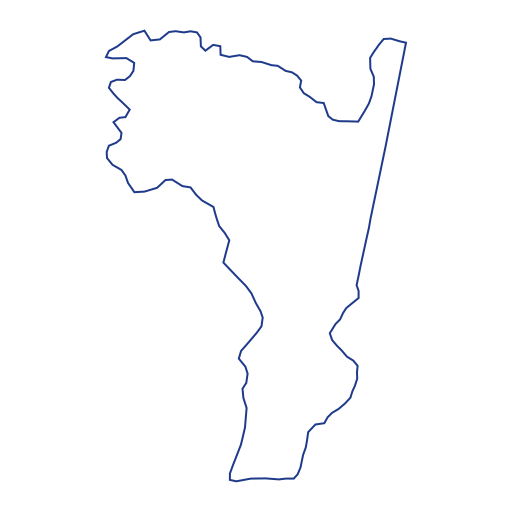 outline of Benevides, Pará, Brazil
{"feature_id": "56859067B32539617912041", "entity_name": "Benevides", "entity_type": "district", "adm_level": 2, "iso_a3": "BRA", "parent_name": "Brazil", "parent_adm1": "Pará", "projection": "mercator", "projection_center": [-48.283, -1.361], "detail": "fine", "context": "isolated", "style": "outline", "palette": "blue", "viewbox_px": 512, "rotation_deg": 0, "n_neighbors": 0, "source": "geoboundaries", "source_scale": "gbopen_adm2", "svg_char_len": 2017}
<svg xmlns="http://www.w3.org/2000/svg" viewBox="0 0 512 512"><path d="M134.4,192.2L144.5,191.6L157.1,187.8L165.5,180.0L172.1,179.6L182.4,186.1L190.5,187.4L196.4,195.1L202.2,200.6L213.5,207.0L215.0,212.9L216.7,218.7L219.2,226.1L224.7,232.9L229.3,240.3L226.0,252.5L223.4,262.6L238.2,278.1L245.8,285.8L251.4,293.3L255.7,302.8L260.5,311.2L262.7,317.6L261.5,326.2L256.9,332.6L247.0,344.2L241.1,350.9L238.8,358.6L245.4,366.7L247.6,373.6L246.3,382.9L242.5,388.7L243.4,398.0L246.6,408.0L245.0,427.4L242.7,437.4L240.9,444.8L233.1,464.8L229.9,473.5L229.9,479.9L236.3,481.3L250.9,478.6L265.7,478.4L278.9,479.4L285.7,478.6L293.8,478.6L297.7,474.2L300.5,467.5L303.1,454.9L305.7,447.7L306.9,441.3L308.2,432.1L315.4,424.5L324.3,423.2L327.6,417.3L332.1,412.8L338.5,409.0L345.0,403.5L350.4,397.7L352.4,391.3L354.9,385.8L357.2,378.7L357.0,372.3L357.6,365.8L353.3,360.6L347.0,356.7L341.5,350.3L337.0,345.8L332.1,340.0L329.8,333.2L335.6,323.9L340.1,319.4L343.0,313.1L346.3,308.0L358.6,298.0L358.6,291.0L356.6,285.2L358.8,274.8L360.5,266.1L366.6,238.1L368.9,228.0L370.5,218.7L385.4,147.3L406.0,42.7L399.8,41.3L390.8,38.6L383.7,39.0L378.9,44.8L373.4,52.6L370.1,58.0L370.4,68.8L373.8,76.7L374.0,84.3L371.5,96.2L368.9,103.5L364.7,111.0L358.2,121.6L347.9,121.3L339.2,121.2L332.8,119.7L328.3,116.1L323.7,103.0L316.6,102.2L309.5,96.7L303.8,93.2L299.9,87.4L301.2,80.6L297.0,75.5L291.9,72.3L285.7,70.9L277.7,65.8L271.5,65.2L261.5,62.0L252.8,61.3L247.0,56.9L239.6,55.2L229.2,56.9L220.6,54.8L220.3,46.2L213.1,44.9L205.4,50.7L200.9,46.4L200.5,37.4L197.0,32.4L190.6,31.3L183.8,32.4L175.7,31.2L169.0,32.0L159.9,39.4L150.6,40.4L144.4,30.7L133.2,34.2L117.4,46.4L108.9,51.0L106.0,57.1L112.5,58.4L126.4,58.1L134.2,62.9L133.4,70.9L129.9,76.2L125.0,80.0L117.0,79.7L110.9,82.0L108.9,87.8L113.5,93.6L117.6,98.1L122.1,102.2L129.7,109.6L125.4,117.1L119.4,117.8L113.5,122.2L121.5,132.9L120.6,139.1L116.1,142.8L108.9,145.7L106.7,151.9L107.0,158.0L112.5,164.8L121.5,170.0L125.4,175.5L128.0,182.9L134.4,192.2Z" fill="none" stroke="#1e3a8a" stroke-width="2"/></svg>